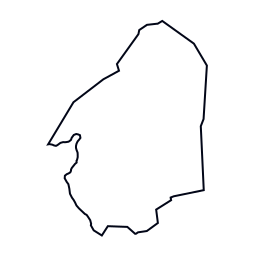 Watauga, North Carolina, United States of America, rotated 273°
{"feature_id": "52423323B71278285569772", "entity_name": "Watauga", "entity_type": "district", "adm_level": 2, "iso_a3": "USA", "parent_name": "United States of America", "parent_adm1": "North Carolina", "projection": "robinson", "projection_center": [-81.756, 36.251], "detail": "fine", "context": "isolated", "style": "outline", "palette": "ink", "viewbox_px": 256, "rotation_deg": 273, "n_neighbors": 0, "source": "geoboundaries", "source_scale": "gbopen_adm2", "svg_char_len": 1206}
<svg xmlns="http://www.w3.org/2000/svg" viewBox="0 0 256 256"><g transform="rotate(273 128 128)"><path d="M226.4,134.1L222.3,133.5L191.3,113.6L184.7,116.0L175.4,100.9L150.9,72.2L107.5,49.1L107.8,50.4L107.4,53.3L106.7,55.1L106.4,57.0L107.2,58.4L109.6,61.3L110.5,63.9L110.5,65.8L110.7,67.1L111.2,69.3L111.8,70.2L113.2,71.7L115.3,72.3L118.2,74.2L119.3,76.6L119.0,78.5L118.3,80.4L115.6,81.0L113.8,79.8L112.0,78.4L109.6,77.4L107.3,77.0L105.4,77.1L103.3,77.8L100.9,78.9L99.4,79.1L96.3,79.3L94.6,79.0L93.3,78.7L92.5,78.3L90.8,78.5L89.4,77.0L85.2,74.0L83.6,73.3L82.3,73.3L80.7,72.7L79.5,71.0L78.7,69.3L77.1,67.5L74.5,67.4L71.0,69.6L68.8,71.4L64.3,72.6L59.3,73.5L55.5,75.7L53.4,77.4L50.9,79.0L47.9,80.6L45.2,83.2L39.9,89.4L39.1,91.2L37.5,92.5L33.9,95.1L30.4,96.2L28.9,96.0L24.0,99.1L19.3,107.5L28.9,113.0L29.2,132.5L22.7,140.7L22.8,141.0L22.9,141.6L23.4,142.3L23.7,142.6L24.3,143.4L24.4,143.8L26.1,152.2L34.7,162.8L48.0,160.4L58.1,174.7L58.4,174.5L58.9,174.6L59.3,174.7L59.5,174.6L59.9,174.4L60.7,174.2L60.8,174.2L62.2,177.3L69.9,206.9L133.6,200.6L140.9,203.0L141.5,203.0L194.5,203.5L215.7,189.4L236.7,156.6L233.7,152.2L233.7,151.8L232.0,141.5L226.4,134.1Z" fill="none" stroke="#020617" stroke-width="2"/></g></svg>